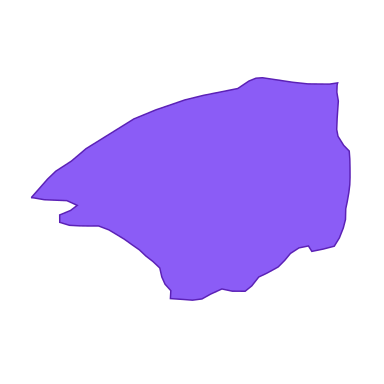 the district of VI-3 Black Bush Polder, East Berbice-Corentyne, Guyana, rotated 265°
{"feature_id": "73187651B65372022493743", "entity_name": "VI-3 Black Bush Polder", "entity_type": "district", "adm_level": 2, "iso_a3": "GUY", "parent_name": "Guyana", "parent_adm1": "East Berbice-Corentyne", "projection": "equal_earth", "projection_center": [-57.284, 6.065], "detail": "fine", "context": "isolated", "style": "filled", "palette": "violet", "viewbox_px": 384, "rotation_deg": 265, "n_neighbors": 0, "source": "geoboundaries", "source_scale": "gbopen_adm2", "svg_char_len": 1102}
<svg xmlns="http://www.w3.org/2000/svg" viewBox="0 0 384 384"><g transform="rotate(265 192 192)"><path d="M288.0,346.6L287.5,338.3L289.6,316.9L292.5,302.1L299.7,272.1L299.8,265.6L297.6,258.4L291.1,246.6L287.3,211.9L284.4,193.1L277.0,163.2L269.9,140.5L244.4,90.2L241.4,86.0L233.3,74.5L224.6,58.1L217.5,49.3L200.8,31.8L200.3,31.8L199.9,34.0L197.2,44.1L195.9,54.1L194.3,66.6L188.7,76.5L184.2,69.4L180.7,58.2L173.3,57.6L169.5,67.0L168.1,76.9L167.1,86.6L166.3,96.0L161.5,105.9L151.0,120.3L145.0,127.3L138.9,134.6L132.2,140.5L126.2,147.0L119.1,153.3L110.1,154.5L102.5,157.1L95.6,162.3L87.7,161.2L85.8,173.4L84.2,183.1L84.6,192.6L88.6,201.5L92.8,213.3L89.7,223.5L88.5,236.3L93.3,243.4L101.5,251.1L104.7,259.7L109.8,271.3L115.8,278.4L122.2,284.7L127.0,293.7L128.1,303.3L122.4,306.2L123.7,317.7L125.6,329.0L133.4,334.8L143.0,339.6L151.2,342.5L161.9,343.7L168.8,345.8L177.8,348.2L185.4,349.8L192.7,350.7L202.2,351.5L211.2,352.1L219.1,352.2L225.2,347.2L234.8,342.3L241.7,341.6L252.6,343.0L261.6,344.4L269.8,345.7L278.8,345.0L286.0,345.9L288.0,346.6Z" fill="#8b5cf6" stroke="#5b21b6" stroke-width="1.5"/></g></svg>